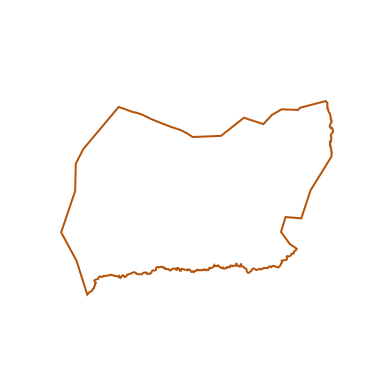 outline of Mo'ron, Hentiy, Mongolia, rotated 22°
{"feature_id": "93677404B68040826216120", "entity_name": "Mo'ron", "entity_type": "district", "adm_level": 2, "iso_a3": "MNG", "parent_name": "Mongolia", "parent_adm1": "Hentiy", "projection": "orthographic", "projection_center": [110.381, 47.305], "detail": "fine", "context": "isolated", "style": "outline", "palette": "amber", "viewbox_px": 384, "rotation_deg": 22, "n_neighbors": 0, "source": "geoboundaries", "source_scale": "gbopen_adm2", "svg_char_len": 5950}
<svg xmlns="http://www.w3.org/2000/svg" viewBox="0 0 384 384"><g transform="rotate(22 192 192)"><path d="M133.3,326.4L134.1,324.0L134.6,323.1L136.2,321.5L136.3,321.0L136.4,319.0L137.0,318.3L137.1,317.9L137.1,317.5L136.7,316.6L136.7,316.2L137.0,315.4L137.1,314.9L137.0,314.5L136.5,313.5L136.6,313.2L136.9,312.6L136.9,312.2L136.6,312.0L135.0,311.3L134.7,311.0L134.7,310.7L134.7,310.4L134.9,309.9L135.2,309.5L137.3,308.0L137.5,307.6L137.6,305.7L137.7,305.2L137.9,304.9L138.2,304.7L139.8,304.7L140.4,304.5L141.1,303.7L141.2,303.3L141.5,302.9L141.8,302.7L142.7,302.5L144.5,301.5L145.8,300.7L147.7,299.1L148.7,299.2L149.9,298.7L151.1,298.9L151.6,298.8L152.5,298.4L154.8,298.4L155.1,298.3L155.3,298.0L155.5,297.2L155.7,296.9L155.9,296.9L156.1,297.2L156.5,298.0L156.8,298.3L157.1,298.5L157.8,298.5L157.9,298.3L158.5,296.2L158.7,295.5L158.8,295.3L159.5,295.1L161.1,296.0L161.5,296.1L161.9,295.8L162.7,294.6L162.7,293.1L164.1,292.1L166.1,290.2L167.6,288.5L168.0,288.2L170.0,288.0L171.7,288.6L172.4,288.5L176.0,287.3L176.3,287.1L176.6,286.3L176.8,285.6L177.1,285.2L178.3,284.4L179.4,283.8L179.9,283.8L180.2,284.1L180.3,284.4L180.5,284.7L180.8,284.9L181.4,284.6L181.8,284.0L182.1,283.8L183.2,283.9L183.6,283.8L184.0,283.1L184.4,282.4L184.5,282.0L184.6,279.8L184.8,279.5L185.8,279.0L187.0,278.7L187.7,278.1L187.7,277.6L187.4,276.8L187.2,276.2L187.2,275.5L187.4,275.0L187.8,274.6L188.2,274.5L189.5,274.4L189.8,274.2L190.1,273.8L190.8,273.2L191.0,273.1L191.6,273.0L191.9,272.9L192.3,272.4L193.1,272.8L193.6,273.0L193.8,273.0L194.6,272.4L194.9,272.3L195.3,272.6L195.5,273.1L195.8,273.4L196.1,273.5L196.7,273.4L197.5,272.8L198.6,272.6L199.3,272.3L200.3,272.9L200.8,273.0L201.3,272.8L201.7,272.4L202.6,270.5L203.3,270.2L204.7,269.4L205.1,269.4L205.7,269.8L206.2,270.0L206.7,270.0L207.1,269.8L207.3,269.4L207.3,269.1L206.8,268.4L206.7,268.1L207.1,267.7L207.4,267.6L207.9,267.7L209.2,268.2L210.2,269.3L210.4,269.5L210.7,269.5L211.0,269.3L211.2,269.0L211.2,268.3L211.1,267.4L211.2,267.1L211.6,266.9L212.9,266.9L214.6,266.7L216.2,266.2L217.0,266.3L217.1,266.2L217.0,265.7L217.1,265.4L217.3,265.3L217.8,265.7L218.3,265.3L218.5,265.0L219.9,265.2L220.6,266.0L220.9,266.2L221.3,266.3L221.8,266.2L222.1,266.0L222.6,265.2L222.9,265.2L223.2,265.4L223.7,265.6L223.9,265.4L224.0,264.4L224.2,264.2L225.5,263.4L225.7,263.1L225.7,262.8L225.6,262.3L225.7,262.1L226.2,262.0L227.1,262.1L227.8,261.7L228.6,261.7L229.0,261.5L229.8,260.7L230.7,260.7L231.3,260.5L231.7,260.2L232.2,259.2L232.5,259.0L232.8,258.9L233.9,259.5L234.2,259.4L234.9,258.7L236.2,258.5L236.3,258.4L236.2,258.1L236.0,257.9L235.9,257.7L236.7,256.7L236.6,255.9L236.7,255.7L236.8,255.6L237.9,255.7L238.3,255.5L238.7,255.1L239.2,254.3L239.7,253.4L240.0,251.6L240.2,251.8L240.3,252.4L240.5,252.5L240.8,252.5L241.0,252.3L241.5,251.5L242.8,251.5L243.2,251.1L243.5,250.4L243.9,250.2L244.1,250.2L244.4,250.6L244.7,250.7L245.1,250.8L246.0,251.3L246.9,251.2L248.0,251.5L248.5,251.3L248.8,250.4L249.8,251.1L250.6,251.0L251.0,250.8L251.7,249.8L252.6,249.7L252.8,249.6L252.8,249.4L252.7,249.1L252.5,248.8L252.6,248.6L252.9,248.5L253.4,248.4L253.7,248.2L254.2,247.6L254.4,247.5L255.1,247.5L255.4,247.4L255.4,247.2L255.2,246.5L255.2,246.0L255.3,245.8L255.5,245.6L256.6,245.4L256.9,245.6L257.5,245.6L257.7,245.4L257.9,244.9L258.2,244.7L259.4,244.3L259.9,244.0L260.2,243.7L260.2,243.2L259.9,242.0L260.1,241.8L260.4,241.9L260.5,242.2L260.9,243.0L261.3,243.5L261.6,243.5L262.1,243.4L262.9,243.0L263.7,243.2L264.3,243.3L264.6,243.1L264.7,242.9L264.4,242.3L264.3,241.2L264.4,240.8L264.5,240.6L265.3,241.6L265.6,241.9L265.9,242.0L266.5,242.1L267.5,242.1L268.3,242.6L269.2,242.5L269.8,242.9L270.2,243.0L270.9,242.9L271.6,243.4L272.3,244.8L272.9,245.4L273.7,245.7L274.2,245.8L274.8,245.7L275.2,245.2L276.6,242.9L276.8,241.0L277.0,240.5L277.8,239.8L278.2,239.8L280.7,240.2L281.3,240.1L283.2,238.0L283.8,237.9L284.4,238.1L284.8,238.0L285.4,237.7L286.2,236.9L286.3,236.1L286.5,235.9L288.1,235.0L290.2,234.6L290.7,234.1L290.9,233.2L291.1,232.6L291.4,232.3L292.0,232.0L293.4,232.1L293.5,231.9L293.7,231.3L293.9,231.0L294.4,230.6L294.7,230.5L295.0,230.0L295.3,229.8L296.7,230.0L297.6,229.6L298.3,229.8L298.8,229.8L300.3,229.5L300.5,229.4L301.1,227.7L301.4,226.8L301.5,225.0L301.4,224.8L301.4,224.6L301.9,223.9L301.8,223.5L300.9,222.1L301.9,221.2L302.5,220.9L303.6,220.6L303.9,220.4L304.6,219.8L305.2,219.1L305.2,218.8L304.9,218.1L304.4,217.2L304.1,216.6L303.9,216.2L304.3,215.8L305.3,215.7L305.9,215.5L306.5,214.9L307.3,213.9L307.5,213.2L307.5,212.1L307.7,211.7L308.0,211.5L308.9,211.2L309.2,210.8L309.4,210.5L309.2,210.0L308.8,209.3L308.8,209.0L309.0,208.6L309.8,207.7L310.1,207.2L310.3,206.1L310.4,205.4L302.0,203.5L289.5,195.7L288.1,180.2L303.2,175.5L301.3,145.8L307.8,108.3L307.8,105.6L306.9,104.2L307.0,103.3L306.6,103.1L306.5,102.5L306.0,101.9L305.5,101.7L305.4,101.5L305.2,100.5L304.6,99.2L304.2,98.7L303.8,98.6L303.4,98.4L303.1,97.8L302.9,97.7L303.0,96.9L302.9,96.7L302.3,96.6L302.1,96.5L302.0,95.5L301.8,95.1L301.9,94.5L301.7,94.4L301.4,94.4L301.3,93.6L301.1,93.4L301.8,92.8L301.8,92.6L301.4,91.6L301.1,90.5L301.1,89.7L299.5,87.6L299.4,87.2L299.6,86.3L299.6,85.2L300.0,84.3L300.1,83.5L300.0,82.8L299.5,81.8L298.1,80.3L297.9,80.2L297.7,80.3L297.3,80.8L297.2,80.7L296.9,80.1L296.6,80.1L296.1,80.4L295.9,80.3L295.1,79.6L294.9,79.2L294.9,78.4L295.0,75.7L295.2,75.4L294.9,74.9L295.0,74.2L294.5,73.9L294.5,73.2L294.2,72.9L293.6,72.8L293.6,72.6L293.1,71.6L291.4,69.0L290.8,68.2L290.5,67.6L288.7,66.6L287.9,65.5L287.8,65.0L287.5,64.6L286.0,63.8L285.9,63.6L285.9,63.2L286.1,63.1L286.2,62.7L285.9,62.3L285.0,61.2L284.8,60.2L284.5,59.8L284.5,59.3L284.0,58.6L282.9,58.3L281.9,57.6L260.5,73.5L259.7,76.1L244.1,81.8L237.2,90.6L232.8,102.3L212.3,103.7L197.9,129.1L171.9,140.8L165.5,139.5L158.2,138.8L148.3,139.5L132.1,139.7L126.0,139.6L116.6,138.9L110.8,139.3L108.9,139.7L105.9,140.1L101.8,140.2L99.0,140.2L94.8,140.5L92.2,140.5L75.2,192.7L73.6,209.2L83.3,234.8L85.8,278.4L110.8,299.1L133.3,326.4Z" fill="none" stroke="#b45309" stroke-width="2"/></g></svg>